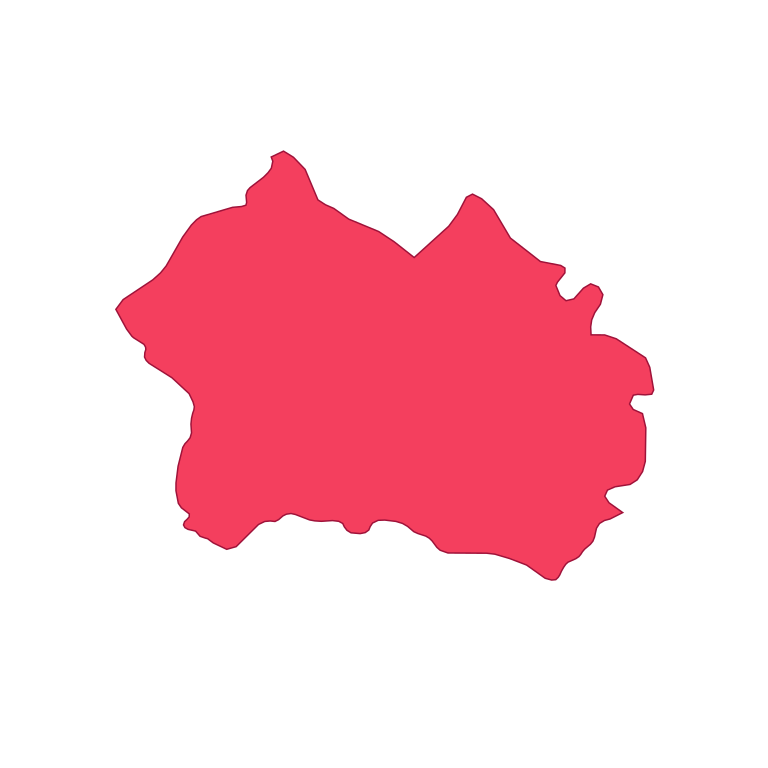 the Metropolitan department of Lot, rotated 242°
{"feature_id": "FRA-5318", "entity_name": "Lot", "entity_type": "Metropolitan department", "adm_level": 1, "iso_a3": "FRA", "parent_name": "France", "parent_adm1": "", "projection": "mercator", "projection_center": [1.542, 44.633], "detail": "fine", "context": "isolated", "style": "filled", "palette": "rose", "viewbox_px": 768, "rotation_deg": 242, "n_neighbors": 0, "source": "natural_earth", "source_scale": "10m", "svg_char_len": 2379}
<svg xmlns="http://www.w3.org/2000/svg" viewBox="0 0 768 768"><g transform="rotate(242 384 384)"><path d="M637.4,391.0L636.8,404.6L626.7,410.5L610.5,415.1L577.6,412.1L569.8,416.4L562.6,422.1L546.1,430.3L521.1,450.9L504.7,459.8L481.5,470.0L492.9,515.2L499.2,528.4L510.2,544.4L510.1,551.3L501.7,557.2L486.5,562.6L453.5,564.1L418.7,579.6L405.7,595.7L401.4,598.2L397.2,595.9L392.5,585.0L390.3,582.0L379.4,580.9L372.1,583.8L370.0,591.6L375.0,605.1L375.4,613.5L369.0,618.9L360.1,619.2L352.8,612.5L348.0,603.5L343.1,597.5L337.4,593.3L330.2,589.9L323.7,601.9L314.9,610.3L284.3,627.2L274.0,626.5L252.1,619.3L249.3,615.6L251.8,609.5L255.7,603.2L257.1,598.9L251.1,591.4L244.5,592.1L236.5,598.3L222.4,594.6L193.0,578.4L185.3,571.2L180.5,562.6L179.8,554.1L184.8,539.7L185.4,531.5L181.3,526.2L173.5,526.9L158.4,534.4L158.7,520.2L160.0,514.6L159.7,508.8L156.9,503.9L149.9,497.9L147.1,494.6L145.6,491.0L144.0,483.6L142.7,480.4L141.2,477.8L140.1,475.1L139.7,471.3L140.3,462.8L139.5,459.8L137.8,456.5L135.5,452.9L132.8,449.4L131.5,447.0L130.6,443.8L132.2,440.0L136.8,435.1L157.2,424.9L163.8,419.2L171.1,412.8L181.7,402.0L186.4,395.2L204.8,361.1L210.9,355.5L215.0,354.0L222.9,352.8L226.6,351.6L230.1,349.5L236.1,343.7L239.6,341.0L247.2,338.0L252.2,334.9L257.1,330.0L263.5,320.8L266.4,314.8L266.6,308.6L264.6,304.9L262.2,302.0L261.6,297.7L263.1,292.7L268.1,285.0L272.2,282.6L276.5,281.9L280.2,282.1L284.0,279.6L287.6,274.4L292.2,264.2L295.6,258.7L298.9,254.5L310.4,244.5L313.3,241.1L314.9,236.7L315.0,232.8L313.7,227.3L313.8,223.2L316.5,219.2L318.6,214.2L318.9,207.3L309.8,177.1L311.9,167.5L323.9,158.6L330.3,155.6L331.7,154.0L335.9,150.1L342.5,148.6L343.8,147.2L347.7,142.7L350.7,140.8L353.7,140.8L356.1,143.3L357.0,146.7L358.1,149.6L360.7,151.1L369.8,147.0L375.2,146.4L387.4,150.2L394.3,153.9L408.1,163.6L422.5,176.6L424.7,180.2L425.9,183.8L427.6,187.6L431.2,191.1L439.2,194.7L444.1,198.0L447.9,201.3L450.3,203.9L453.0,205.9L457.9,207.0L467.0,207.4L489.1,199.7L512.5,186.3L516.5,185.1L520.2,185.2L524.0,187.6L526.3,189.9L528.5,190.8L531.7,190.7L542.4,184.6L544.6,183.8L553.4,182.5L575.8,182.3L581.0,193.3L584.5,228.6L587.0,238.8L590.5,247.1L608.3,275.3L614.8,288.6L617.0,295.6L617.7,301.1L611.1,333.2L607.6,341.5L606.7,346.0L608.7,347.9L615.5,350.8L618.9,354.3L620.3,358.0L623.1,374.6L625.0,380.8L627.4,385.8L632.9,390.4L637.4,391.0Z" fill="#f43f5e" stroke="#9f1239" stroke-width="1.5"/></g></svg>